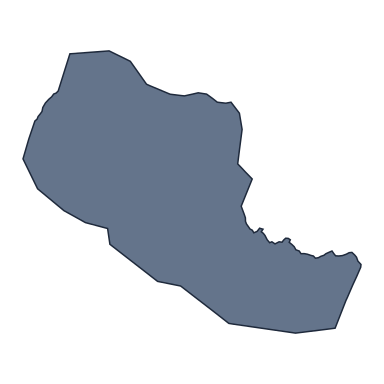 outline of Curral Novo do Piauí, Piauí, Brazil
{"feature_id": "56859067B3641646794779", "entity_name": "Curral Novo do Piauí", "entity_type": "district", "adm_level": 2, "iso_a3": "BRA", "parent_name": "Brazil", "parent_adm1": "Piauí", "projection": "robinson", "projection_center": [-40.704, -7.883], "detail": "fine", "context": "isolated", "style": "filled", "palette": "slate", "viewbox_px": 384, "rotation_deg": 0, "n_neighbors": 0, "source": "geoboundaries", "source_scale": "gbopen_adm2", "svg_char_len": 1416}
<svg xmlns="http://www.w3.org/2000/svg" viewBox="0 0 384 384"><path d="M335.1,328.2L345.9,300.6L347.3,297.6L352.7,285.1L356.5,276.9L360.7,267.3L361.0,264.5L357.9,261.1L356.5,257.2L354.7,255.0L351.9,252.4L349.1,252.7L346.3,254.2L342.4,255.6L338.6,256.0L335.6,255.8L333.8,253.6L332.0,251.0L329.2,252.2L325.9,253.7L323.9,255.3L320.9,256.3L318.4,257.7L315.4,258.2L313.4,256.0L310.9,255.4L307.4,254.2L304.1,253.6L301.0,253.7L299.2,251.0L295.9,249.8L294.2,246.7L291.8,244.4L289.2,242.3L290.3,239.8L288.3,238.4L285.7,238.2L283.7,240.0L282.0,242.2L279.1,241.8L275.0,243.9L271.9,241.8L269.7,242.7L267.2,239.8L265.0,235.5L263.3,233.3L261.3,231.8L263.0,229.2L259.6,228.2L257.1,231.4L253.8,232.8L252.3,230.2L250.0,229.0L248.5,226.8L246.5,224.0L245.5,221.4L245.4,217.8L244.1,214.0L242.6,210.0L241.2,206.2L252.2,179.0L245.4,172.0L241.1,167.4L237.7,163.9L239.4,150.3L242.1,129.4L239.4,113.2L231.0,102.2L225.8,103.2L217.3,102.2L212.5,98.4L206.6,94.1L198.2,92.8L192.6,94.1L184.4,95.9L179.8,95.4L170.1,94.2L149.8,85.7L146.5,84.2L130.3,61.3L109.1,50.9L69.9,53.8L58.2,91.0L56.1,93.1L53.7,94.0L51.7,96.8L48.8,99.3L45.4,103.0L42.8,107.5L42.0,111.5L40.0,114.2L38.1,116.5L37.1,119.1L34.9,121.0L28.8,139.0L23.0,158.9L37.6,188.8L64.0,210.7L73.8,216.1L85.4,222.6L107.6,228.5L109.9,244.3L157.6,281.4L180.6,286.0L214.0,311.8L228.8,323.4L233.8,324.2L295.5,333.1L323.3,329.7L335.1,328.2Z" fill="#64748b" stroke="#1e293b" stroke-width="1.5"/></svg>